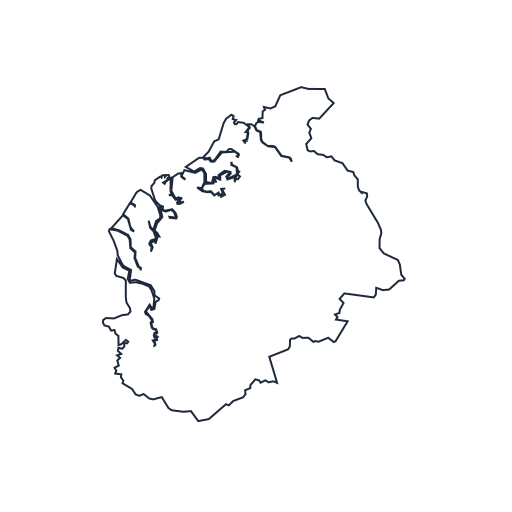 outline of Machala, El Oro, Ecuador, rotated 29°
{"feature_id": "8360857B54520179219696", "entity_name": "Machala", "entity_type": "district", "adm_level": 2, "iso_a3": "ECU", "parent_name": "Ecuador", "parent_adm1": "El Oro", "projection": "mercator", "projection_center": [-79.976, -3.314], "detail": "fine", "context": "isolated", "style": "outline", "palette": "slate", "viewbox_px": 512, "rotation_deg": 29, "n_neighbors": 0, "source": "geoboundaries", "source_scale": "gbopen_adm2", "svg_char_len": 6160}
<svg xmlns="http://www.w3.org/2000/svg" viewBox="0 0 512 512"><g transform="rotate(29 256 256)"><path d="M247.3,126.2L242.8,122.2L242.3,118.1L237.4,116.1L236.7,111.8L238.5,107.8L244.7,105.2L249.8,84.6L242.9,83.1L235.2,76.6L220.8,84.5L213.7,86.4L199.3,103.6L200.3,115.8L197.2,119.9L190.7,121.8L193.0,123.8L191.7,126.2L194.8,132.3L191.9,134.7L192.1,136.2L198.2,135.4L192.7,137.8L191.8,140.1L192.3,143.1L195.7,145.6L199.1,145.0L200.4,145.3L203.9,151.2L206.2,153.1L212.8,154.1L217.4,151.6L219.8,151.2L229.7,155.9L237.6,153.5L239.2,153.9L241.6,156.2L237.4,153.8L229.6,156.3L219.8,151.5L213.4,154.2L206.7,153.6L204.2,152.4L199.6,145.6L195.6,146.0L191.5,143.2L187.9,143.1L185.3,144.6L188.5,146.9L187.8,149.9L189.8,152.5L191.7,157.7L190.7,159.3L191.8,159.8L189.7,161.0L192.4,162.7L189.0,161.2L191.3,158.2L189.1,152.4L188.3,151.5L186.9,152.5L187.7,146.4L180.6,145.5L175.5,147.5L175.0,150.1L173.5,151.0L171.9,149.9L172.7,146.7L169.3,147.5L168.5,144.4L165.9,144.5L163.3,150.4L163.3,155.6L166.8,172.1L163.9,176.0L164.0,187.7L162.0,195.0L165.2,194.8L167.9,192.4L170.3,194.2L172.0,194.0L173.3,191.8L174.4,181.9L179.7,179.3L180.5,175.7L182.6,174.4L191.3,175.1L192.1,175.8L191.2,177.9L193.2,178.2L190.9,178.1L191.6,175.8L187.0,175.0L176.0,182.0L173.7,193.7L170.8,195.4L167.5,194.1L164.7,196.4L162.0,195.9L158.6,197.7L151.4,212.1L160.9,212.2L164.4,206.2L167.2,205.2L172.5,208.5L176.5,215.5L182.0,213.7L180.5,207.6L182.4,206.3L185.2,206.6L184.1,203.1L187.3,196.7L192.9,194.8L193.9,196.4L192.6,201.1L193.9,202.0L199.8,193.9L196.0,187.8L190.3,188.3L188.8,185.6L190.9,187.8L196.4,187.6L198.9,190.3L200.4,190.4L199.9,193.5L203.4,194.2L203.0,197.6L200.7,198.4L201.7,201.7L200.0,199.2L200.2,196.0L193.9,202.9L191.5,200.9L192.8,195.8L189.8,196.4L185.6,202.7L187.7,206.6L182.5,207.2L183.9,210.2L185.7,210.4L183.9,210.9L181.7,208.7L183.6,213.1L176.2,217.8L175.7,222.0L177.5,224.5L181.7,223.7L185.1,221.2L190.3,222.9L192.5,218.7L194.2,220.4L195.6,218.9L196.9,220.4L198.4,217.4L196.7,217.3L193.0,214.2L196.4,211.9L193.6,213.9L199.2,217.5L196.8,221.1L195.6,219.5L193.9,221.2L192.2,219.4L190.1,223.3L185.8,221.8L182.5,223.8L177.6,225.4L171.3,224.6L174.5,223.4L175.7,224.3L175.1,216.5L170.7,208.6L166.6,206.5L162.5,212.8L151.8,215.6L152.1,222.3L156.1,223.0L157.0,223.6L152.1,222.8L150.4,219.8L147.9,221.7L144.9,227.5L150.4,240.1L157.8,244.7L159.9,242.2L162.8,241.7L162.5,247.0L166.6,243.5L164.3,247.2L162.1,248.5L161.1,247.6L161.3,242.8L158.5,245.8L153.4,243.6L150.2,244.9L152.5,243.3L149.7,240.6L143.7,229.3L141.1,234.5L141.1,237.2L139.2,236.9L141.4,233.0L140.9,230.5L142.5,229.5L140.5,227.5L138.5,228.6L138.0,231.0L136.8,229.5L134.8,231.1L135.3,233.2L133.8,232.9L130.8,238.8L131.6,241.6L130.7,245.4L131.8,247.9L141.1,256.5L147.2,258.3L150.6,257.8L151.9,260.5L154.2,260.7L160.1,255.7L165.0,257.5L167.7,260.0L167.9,261.9L162.1,264.4L161.3,263.7L167.6,261.2L163.0,257.4L159.5,256.7L155.6,260.8L152.6,261.4L151.2,261.2L150.1,258.6L148.2,259.8L155.2,267.3L153.6,275.6L155.0,282.9L158.6,283.8L162.1,285.9L160.9,286.5L158.1,284.1L156.1,284.3L161.0,288.6L162.1,294.0L160.3,291.4L157.5,295.5L161.4,298.5L162.0,303.1L160.4,298.7L157.2,297.6L156.5,296.1L156.5,293.4L160.0,289.5L159.6,288.6L154.3,284.0L149.8,282.7L144.9,277.1L149.6,281.7L153.6,283.0L151.7,273.9L153.9,269.5L152.7,266.9L146.1,260.6L133.8,254.5L122.9,254.1L120.7,258.1L120.3,270.0L125.5,270.2L126.5,272.2L125.2,270.6L120.1,271.2L119.5,283.9L126.3,285.2L132.1,291.6L137.5,293.8L134.0,293.7L126.0,285.7L119.9,284.9L116.0,301.7L124.1,299.9L134.0,299.6L138.2,302.3L142.2,309.0L148.5,310.5L151.2,316.2L158.7,322.1L161.2,322.3L162.0,324.5L160.8,322.7L157.8,322.6L150.8,316.8L148.5,311.6L142.3,310.1L137.5,302.8L133.9,300.6L122.6,300.9L114.9,303.6L115.4,305.7L124.4,311.9L132.2,318.7L134.8,322.5L142.0,327.3L144.9,328.9L153.6,328.8L157.1,338.0L158.4,338.2L162.0,335.2L178.0,332.6L184.1,335.9L186.3,339.6L191.9,340.1L192.2,342.0L190.4,344.7L192.8,351.6L190.6,353.9L187.3,351.1L186.5,357.8L196.2,361.6L197.9,363.8L196.8,365.4L199.5,368.3L201.2,369.3L204.0,368.5L206.8,370.7L206.6,372.1L205.1,372.6L205.7,374.9L206.9,375.9L207.7,374.2L209.2,374.4L208.6,375.5L210.2,377.4L207.2,379.7L208.9,380.1L210.7,381.8L211.2,383.0L210.6,383.7L210.2,381.8L206.7,379.9L209.5,377.0L208.0,374.8L206.8,376.5L205.2,375.2L204.5,372.5L206.4,371.1L203.6,368.7L202.1,369.9L199.5,369.2L196.2,365.5L196.6,362.9L191.2,360.2L187.7,360.2L186.0,358.7L186.6,350.1L190.7,352.5L191.0,350.2L187.8,342.7L181.1,336.5L177.2,334.5L170.1,335.3L163.6,337.2L158.6,340.6L154.8,338.0L152.4,330.3L145.1,330.7L135.9,326.2L140.9,339.7L143.5,341.1L150.6,339.5L154.0,340.5L162.1,355.2L165.3,359.5L171.0,362.7L173.1,365.5L172.3,369.2L167.6,372.6L162.0,379.5L155.0,382.9L153.4,386.0L154.2,388.3L157.0,390.2L161.6,389.1L165.5,391.5L168.1,389.4L170.7,392.0L174.4,392.6L178.9,400.5L180.9,398.6L182.9,392.5L185.8,392.9L185.6,394.8L183.0,396.2L184.7,399.1L183.9,402.1L180.2,402.8L181.3,406.0L185.6,407.0L182.7,410.2L186.5,411.0L185.3,414.6L189.1,418.4L186.5,422.3L189.5,424.1L189.8,427.1L195.6,424.8L196.5,427.4L200.4,429.4L201.0,432.0L212.1,432.4L217.8,435.4L221.7,434.9L224.6,431.2L231.7,432.4L235.5,431.3L242.0,425.1L253.1,431.4L257.0,431.8L268.1,427.4L274.3,423.2L285.5,428.4L293.8,421.5L301.6,400.2L304.6,399.8L306.4,393.8L313.2,385.9L313.8,382.0L311.6,378.7L315.0,374.3L313.7,371.5L315.3,364.1L319.2,363.3L321.4,364.6L324.5,360.2L328.2,360.4L332.0,357.1L335.9,356.7L316.5,337.7L329.3,322.1L329.5,318.8L326.4,312.7L327.2,310.8L329.4,309.8L332.6,305.0L336.3,305.1L341.5,302.1L347.9,303.3L348.9,301.7L352.2,300.7L358.8,292.5L365.8,293.6L366.9,292.0L367.8,268.7L356.8,272.8L356.9,269.9L353.5,268.9L356.6,265.3L355.4,262.5L355.3,254.6L349.9,253.0L351.4,245.9L379.1,235.1L379.5,231.7L376.6,225.5L383.4,224.4L388.7,220.8L393.0,208.3L397.0,205.7L397.1,203.8L392.2,202.0L385.9,193.7L382.0,190.7L366.6,191.8L360.2,189.2L356.0,181.4L354.5,175.1L352.5,172.5L346.9,168.1L327.1,156.7L324.8,154.4L324.3,149.9L322.6,147.5L317.5,148.7L317.8,149.5L314.4,148.6L311.7,146.3L307.8,139.6L302.8,137.7L300.4,135.4L294.8,136.9L286.6,132.9L278.4,134.3L273.7,132.3L270.1,135.3L265.6,135.0L260.6,137.1L255.8,136.1L252.6,138.3L249.9,138.5L245.6,133.7L247.3,126.2Z" fill="none" stroke="#1e293b" stroke-width="2"/></g></svg>